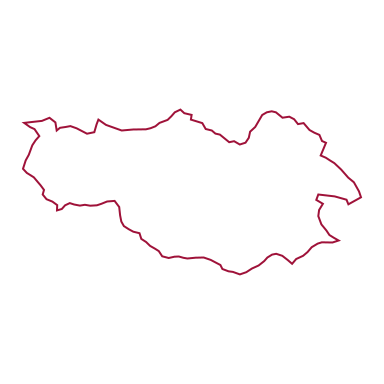 Barracão, Paraná, Brazil
{"feature_id": "56859067B92196836998679", "entity_name": "Barracão", "entity_type": "district", "adm_level": 2, "iso_a3": "BRA", "parent_name": "Brazil", "parent_adm1": "Paraná", "projection": "orthographic", "projection_center": [-53.532, -26.25], "detail": "fine", "context": "isolated", "style": "outline", "palette": "rose", "viewbox_px": 384, "rotation_deg": 0, "n_neighbors": 0, "source": "geoboundaries", "source_scale": "gbopen_adm2", "svg_char_len": 1899}
<svg xmlns="http://www.w3.org/2000/svg" viewBox="0 0 384 384"><path d="M275.9,112.3L271.7,111.3L266.8,112.3L262.2,115.0L255.2,127.0L250.1,131.7L248.8,137.8L245.5,142.7L239.8,144.5L234.1,141.2L229.2,142.2L219.9,134.6L215.4,133.6L211.8,130.5L205.7,129.0L202.3,123.1L190.9,119.6L191.6,114.9L184.3,113.2L180.4,109.6L174.8,112.3L171.3,116.3L167.6,119.9L159.5,122.9L155.4,126.3L150.6,128.2L146.0,129.3L133.1,129.5L121.7,130.5L106.0,124.9L98.4,119.6L96.6,124.3L94.3,132.2L87.0,133.7L76.6,128.3L70.4,126.1L65.5,127.0L60.0,127.8L56.7,130.5L55.4,122.4L49.5,117.8L41.9,120.9L30.1,122.2L24.2,122.9L30.1,127.1L34.5,129.1L39.3,136.1L35.6,140.3L32.3,145.3L28.8,154.8L25.7,160.4L23.0,168.8L26.8,172.9L33.8,177.3L37.6,181.8L40.5,185.2L44.0,189.9L42.7,194.5L46.5,199.2L52.4,201.6L57.2,205.1L57.0,210.4L61.8,209.0L65.1,205.3L69.8,203.1L74.1,204.5L79.9,205.6L84.9,204.8L90.2,205.7L96.9,205.3L101.4,203.8L107.1,201.5L114.6,200.9L119.2,207.0L120.1,215.3L121.3,221.5L123.9,226.1L128.9,229.3L133.3,231.7L139.5,233.2L141.3,238.9L146.1,242.0L150.1,245.9L155.0,248.7L158.8,251.1L162.2,256.3L168.7,258.0L174.5,256.7L178.8,256.5L183.4,257.8L187.4,258.5L195.6,257.7L203.7,257.5L210.7,259.9L216.0,262.7L220.4,265.0L222.4,269.0L228.5,271.3L232.9,271.9L239.9,274.4L246.3,272.2L252.0,268.5L258.6,265.5L264.2,261.1L267.4,257.5L272.1,254.6L276.2,253.8L282.3,255.8L287.7,260.0L292.1,263.8L296.2,259.0L303.1,255.8L307.5,252.1L311.7,247.2L317.7,243.6L321.9,242.3L326.4,242.4L332.5,242.5L338.6,240.5L333.7,237.7L329.4,235.0L326.4,230.5L321.4,224.4L318.3,216.1L319.1,210.0L322.9,203.8L316.3,199.9L318.3,194.5L334.7,196.4L346.5,199.7L348.4,204.3L361.0,197.3L359.0,191.4L353.9,182.3L348.2,177.6L341.2,169.6L334.3,163.1L330.4,160.7L325.8,157.7L320.7,155.5L326.0,142.8L322.0,141.0L319.4,134.9L314.3,132.7L309.5,130.0L303.6,123.1L298.0,124.1L294.1,119.2L289.3,116.7L282.5,117.7L275.9,112.3Z" fill="none" stroke="#9f1239" stroke-width="2"/></svg>